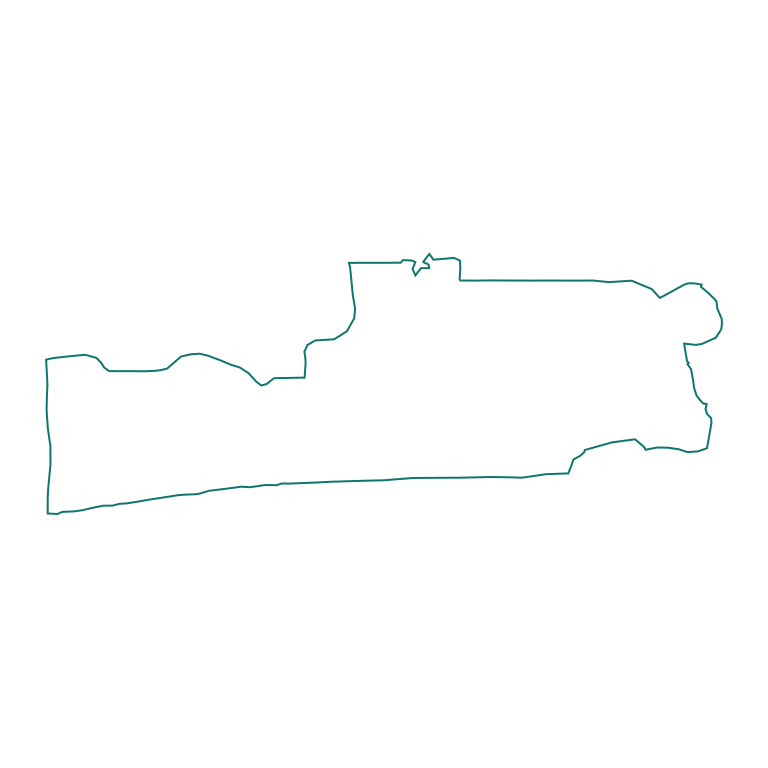 the district of Badagry, Lagos, Nigeria
{"feature_id": "59680162B33139344805421", "entity_name": "Badagry", "entity_type": "district", "adm_level": 2, "iso_a3": "NGA", "parent_name": "Nigeria", "parent_adm1": "Lagos", "projection": "robinson", "projection_center": [2.918, 6.446], "detail": "fine", "context": "isolated", "style": "outline", "palette": "teal", "viewbox_px": 768, "rotation_deg": 0, "n_neighbors": 0, "source": "geoboundaries", "source_scale": "gbopen_adm2", "svg_char_len": 2597}
<svg xmlns="http://www.w3.org/2000/svg" viewBox="0 0 768 768"><path d="M359.4,262.8L348.9,262.9L350.0,266.7L350.7,273.5L352.7,294.2L355.1,308.7L354.2,318.4L346.9,331.2L334.2,339.3L315.0,340.5L307.5,345.0L304.4,351.7L305.3,357.5L305.6,363.0L304.6,377.6L274.2,378.2L273.7,378.4L266.8,383.9L261.9,385.4L261.1,385.3L256.4,381.8L248.6,373.2L239.9,367.5L231.4,364.9L219.5,360.0L216.8,359.0L208.6,355.9L199.9,353.7L190.9,354.3L182.9,356.1L181.5,356.4L180.5,357.1L179.5,357.9L167.1,368.6L161.2,370.0L155.6,370.8L144.0,371.3L128.9,371.1L118.6,371.2L109.2,371.1L104.1,367.5L101.3,362.9L99.7,361.3L96.4,357.9L85.2,354.8L71.0,356.1L55.5,357.8L48.9,358.9L46.1,359.8L47.0,375.8L47.4,385.3L47.0,393.5L46.7,404.0L46.6,409.9L47.2,419.7L47.5,422.6L47.7,427.3L50.4,446.3L50.4,453.2L50.5,464.3L48.2,488.2L47.7,497.9L47.7,513.5L57.6,514.0L62.2,511.9L74.2,511.4L82.5,510.2L92.2,507.9L103.2,505.7L112.7,505.6L119.5,503.8L126.6,503.4L137.4,501.7L147.7,499.9L178.0,495.2L185.7,494.6L196.7,494.2L200.9,493.3L208.8,490.8L226.4,488.7L241.1,486.7L250.0,487.2L259.3,485.9L264.9,485.0L277.0,485.2L281.5,483.5L288.9,483.6L316.3,482.5L332.1,481.7L340.1,481.5L345.3,481.3L359.1,480.9L373.4,480.5L383.8,480.3L393.4,479.5L413.2,478.0L423.1,477.9L460.1,477.7L472.9,477.4L490.6,477.0L509.5,477.3L521.9,477.7L533.7,476.0L545.8,474.2L568.3,473.4L571.8,464.4L573.4,459.5L580.2,455.8L584.1,452.3L584.9,450.0L611.9,442.4L634.2,439.4L635.4,439.5L644.2,447.2L645.6,449.8L657.1,447.5L667.9,447.7L678.9,449.3L687.5,452.1L697.9,451.4L707.0,448.2L708.9,437.6L711.4,423.3L711.2,418.2L707.1,414.1L705.5,409.2L706.7,404.2L705.3,403.7L703.4,403.6L700.0,400.1L696.5,395.4L694.2,388.3L693.6,384.5L693.1,380.2L691.0,369.1L687.5,364.3L688.7,362.9L687.0,361.2L686.1,355.5L684.1,343.6L695.8,344.9L701.7,344.0L715.8,337.7L721.2,329.4L721.9,324.2L721.8,319.2L717.3,308.5L716.4,301.1L708.7,293.3L701.0,286.9L701.6,284.6L695.4,283.5L691.8,283.3L690.5,283.2L688.2,283.5L686.5,283.8L683.7,284.9L679.7,287.1L671.9,291.4L664.2,295.6L659.8,297.9L651.8,289.1L631.6,280.7L609.0,282.1L592.6,280.5L590.8,280.5L585.7,280.6L583.1,280.6L579.7,280.6L567.4,280.6L548.4,280.5L532.6,280.6L521.5,280.5L516.1,280.5L506.1,280.5L491.8,280.4L476.5,280.6L460.2,280.5L459.6,279.1L460.3,268.6L460.0,260.6L454.0,257.9L449.7,258.3L442.5,258.9L433.4,259.7L431.8,257.4L429.3,254.0L427.0,256.9L423.3,261.9L425.3,263.2L426.8,263.5L428.6,264.8L429.2,268.1L427.3,268.1L421.0,268.1L418.7,271.1L415.4,275.4L412.6,268.9L415.3,262.1L413.7,261.2L411.8,260.6L409.5,260.4L403.0,260.1L400.7,262.7L395.5,262.7L387.9,262.8L368.5,262.8L359.4,262.8Z" fill="none" stroke="#0f766e" stroke-width="2"/></svg>